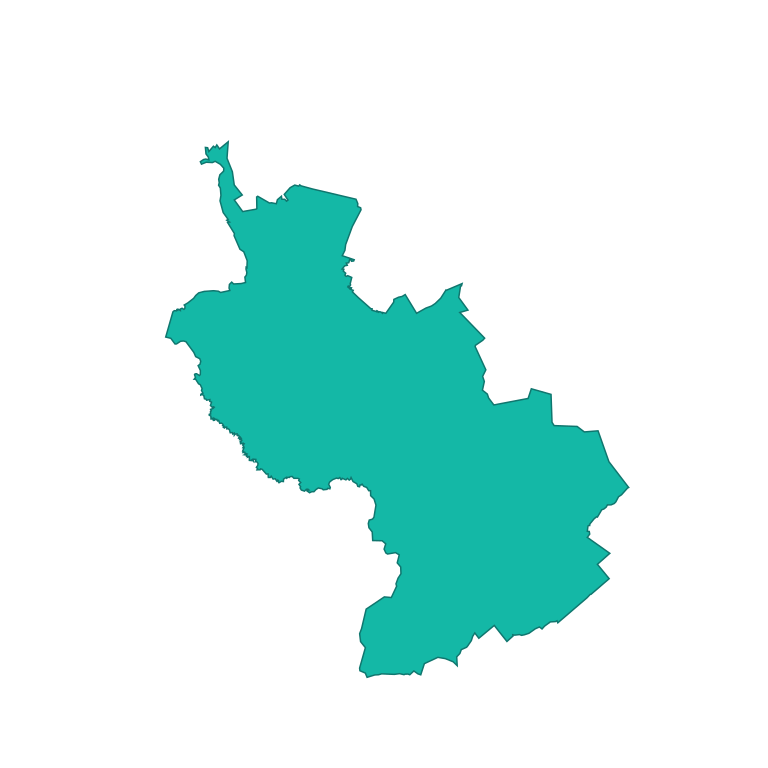 outline of Gudenieku pag., Kuldigas, Latvia, rotated 65°
{"feature_id": "27541924B44633167106619", "entity_name": "Gudenieku pag.", "entity_type": "district", "adm_level": 2, "iso_a3": "LVA", "parent_name": "Latvia", "parent_adm1": "Kuldigas", "projection": "albers", "projection_center": [21.583, 56.889], "detail": "fine", "context": "isolated", "style": "filled", "palette": "teal", "viewbox_px": 768, "rotation_deg": 65, "n_neighbors": 0, "source": "geoboundaries", "source_scale": "gbopen_adm2", "svg_char_len": 6163}
<svg xmlns="http://www.w3.org/2000/svg" viewBox="0 0 768 768"><g transform="rotate(65 384 384)"><path d="M662.1,285.3L655.6,262.2L637.6,266.8L632.9,250.9L608.9,264.6L607.0,261.0L604.4,260.3L603.4,262.0L599.0,259.2L598.7,258.5L599.2,257.4L597.8,256.5L594.9,250.4L594.2,247.4L594.8,246.8L590.0,239.8L590.2,237.5L589.5,234.7L588.0,232.6L589.5,229.3L589.6,225.8L588.8,223.7L585.3,219.1L584.8,215.6L581.2,207.2L581.2,206.0L549.5,213.0L516.9,209.8L512.1,222.7L504.1,226.9L493.6,247.4L489.7,247.9L464.0,237.0L450.6,252.5L458.0,259.5L449.4,293.3L440.9,295.1L436.8,294.6L431.2,297.4L424.1,292.0L418.8,291.4L414.2,285.7L388.6,285.6L387.6,284.8L386.1,276.0L385.0,273.4L351.2,285.1L352.5,276.7L337.2,279.7L327.7,273.3L327.8,272.3L326.0,270.8L325.4,287.9L325.0,288.1L330.2,296.3L332.7,303.5L333.4,308.0L332.9,313.9L333.7,324.6L311.9,327.0L312.3,330.6L311.5,334.1L311.5,339.3L313.9,340.6L320.7,352.5L318.6,355.0L319.2,355.5L317.4,356.4L316.3,358.1L316.5,358.8L315.2,359.0L315.5,359.8L314.7,359.9L315.0,360.4L312.1,363.7L310.8,363.0L310.2,364.1L294.5,370.9L287.2,373.7L286.1,372.3L283.8,374.6L283.4,374.3L283.9,373.7L283.1,372.8L282.4,373.8L282.6,374.9L280.7,375.8L280.1,375.0L281.0,374.0L280.1,372.4L278.9,372.3L273.8,368.2L270.5,371.1L270.5,372.7L269.8,373.2L268.8,373.4L267.4,371.9L264.5,373.2L263.1,371.9L262.1,373.4L260.3,369.7L260.9,367.1L258.5,367.1L259.2,364.7L256.8,362.6L257.3,361.6L259.0,361.6L259.7,359.5L258.8,358.5L250.1,367.6L246.3,362.9L241.4,359.8L227.9,346.2L216.4,331.2L214.4,330.7L212.0,332.9L209.4,331.5L204.7,331.3L177.1,366.3L169.3,375.5L167.9,376.2L168.6,377.7L166.0,380.8L166.4,386.1L170.0,394.3L176.7,393.3L177.1,395.1L174.6,395.9L173.4,398.5L170.5,397.6L171.9,402.7L175.1,405.4L172.2,409.4L171.6,411.3L160.5,419.1L160.7,420.4L171.3,425.1L171.5,426.0L168.0,439.2L153.9,441.9L152.8,432.6L140.3,435.6L127.5,431.7L113.1,430.9L98.6,422.8L101.4,433.7L96.7,434.5L98.4,437.1L96.4,438.1L99.3,444.5L95.3,444.0L94.1,445.9L100.3,448.1L104.0,447.3L106.8,448.0L104.8,450.5L104.3,452.7L104.9,456.5L107.6,456.5L107.9,451.4L110.8,445.9L110.8,442.9L115.7,439.5L120.7,438.0L123.3,439.4L125.0,444.3L128.6,447.3L132.0,448.3L133.9,449.9L137.2,449.5L144.2,452.1L148.7,455.2L160.7,457.3L169.0,455.7L169.1,457.3L171.9,455.6L171.5,457.5L184.4,456.0L186.2,457.2L201.0,457.6L204.9,455.2L214.5,455.9L220.7,459.1L219.9,459.6L221.5,460.5L225.0,461.2L227.3,462.8L228.3,464.9L233.5,466.6L232.6,471.0L229.8,478.0L227.3,479.0L228.4,482.0L231.6,483.9L234.1,484.2L232.0,493.4L229.9,494.9L227.4,499.1L224.1,507.8L223.1,513.4L224.2,517.2L225.9,520.3L227.6,527.6L228.0,531.7L229.3,531.4L231.4,532.6L231.8,533.8L230.0,535.0L230.0,537.0L231.3,537.5L229.1,539.1L229.9,539.8L229.1,540.4L230.0,541.1L228.9,543.1L229.4,544.8L249.2,562.0L252.5,557.9L259.4,556.5L260.0,555.1L259.3,550.3L260.3,547.5L262.0,545.6L275.0,543.0L279.6,543.1L283.2,540.3L286.0,540.5L288.3,542.4L288.8,544.7L294.2,544.7L297.8,546.5L298.3,547.7L295.5,549.5L295.0,550.9L295.5,551.8L298.4,552.1L299.4,554.0L300.0,552.7L305.5,552.0L306.9,550.8L311.4,550.8L312.6,552.1L315.8,552.0L315.9,554.3L316.6,554.7L316.6,553.3L318.3,552.2L321.5,553.0L322.5,551.7L323.7,551.6L324.5,548.4L326.1,549.2L327.6,548.0L330.1,550.4L332.7,549.4L332.5,548.3L333.3,547.7L333.9,549.3L333.7,551.9L335.3,551.9L335.6,552.9L337.9,553.8L337.6,555.1L338.2,555.6L340.0,554.5L342.6,555.6L342.8,555.1L342.2,554.6L342.6,554.0L344.9,554.0L345.2,553.1L343.3,552.5L345.4,551.3L345.4,550.5L347.1,550.4L347.1,549.3L350.2,549.5L350.8,547.8L351.8,547.2L353.3,547.0L353.6,547.8L354.7,546.9L355.4,547.9L356.5,547.1L356.1,546.1L356.6,544.8L358.3,545.4L358.6,544.2L360.0,543.4L363.2,544.0L364.0,541.9L365.4,542.2L365.3,540.5L367.1,541.3L366.5,540.1L367.1,538.2L368.6,538.8L369.1,538.3L369.0,537.5L370.4,537.2L371.6,538.7L372.3,537.8L371.7,536.6L373.3,536.4L373.1,537.7L373.4,538.2L374.3,536.8L375.2,536.8L375.6,537.8L375.3,538.6L377.4,539.2L377.3,538.2L378.2,537.9L378.0,536.7L379.1,536.0L379.8,537.8L381.2,537.4L382.1,538.8L382.7,537.9L385.1,540.5L385.9,539.9L386.5,540.7L387.1,539.1L387.7,539.4L389.2,538.0L389.2,540.3L390.5,538.3L391.4,539.1L392.2,538.0L392.7,538.5L392.9,536.7L396.3,538.3L397.5,536.3L396.9,536.3L396.8,535.2L398.5,534.9L396.9,534.2L398.2,532.0L400.1,533.5L400.4,532.3L402.8,531.7L404.5,532.9L405.6,534.9L407.2,534.3L408.1,535.4L409.4,532.5L408.7,531.8L409.8,530.5L415.9,528.7L416.5,527.1L419.8,528.3L420.7,526.5L419.9,525.2L423.3,524.7L423.9,522.6L426.7,522.2L426.1,521.1L426.8,520.5L427.3,521.3L429.1,520.9L428.8,518.2L429.9,516.4L427.8,515.3L427.3,512.0L428.3,512.0L427.9,510.5L428.7,509.3L428.3,508.3L429.0,506.3L431.4,505.5L433.1,501.9L434.4,500.9L435.4,502.1L438.1,501.1L439.0,503.5L441.8,503.0L442.7,504.0L445.2,503.7L447.5,501.3L446.6,498.9L447.2,497.4L448.3,496.9L447.9,498.3L448.3,499.0L451.1,497.4L451.1,495.0L452.0,493.0L450.9,490.2L450.5,487.4L452.9,484.3L454.2,483.8L455.4,480.2L454.8,479.1L456.1,477.3L455.0,476.4L451.4,476.5L449.8,474.6L449.0,470.9L449.2,466.8L450.4,465.4L450.1,463.6L452.5,463.4L452.6,462.7L451.8,461.7L454.8,459.0L454.1,457.1L456.4,456.1L456.1,454.7L454.9,453.4L459.3,453.3L462.9,450.8L465.7,451.0L466.8,449.6L465.3,448.3L465.9,447.3L465.5,446.2L468.2,445.6L470.4,443.4L474.3,442.9L475.0,441.3L479.6,443.3L484.0,441.6L490.4,442.5L500.5,449.4L501.6,451.5L501.1,454.9L503.8,457.2L507.9,458.4L513.1,457.2L521.1,460.4L525.3,451.9L529.6,450.0L533.7,453.7L538.0,453.7L539.6,452.6L541.7,444.8L545.3,442.4L551.7,447.6L556.9,446.2L563.1,448.8L565.9,453.3L570.2,457.6L572.6,458.0L580.6,467.6L577.1,473.7L580.5,495.3L596.2,507.7L600.0,511.6L607.6,514.1L615.1,512.3L631.2,526.2L633.7,527.0L638.1,523.1L642.7,523.3L643.8,515.3L645.2,511.8L645.7,508.6L651.5,497.4L653.1,492.3L655.9,488.7L655.9,487.4L657.0,484.9L658.4,483.5L656.7,478.2L661.0,475.8L663.1,473.6L654.5,465.6L654.5,450.7L658.8,444.5L665.0,438.7L670.2,436.7L662.0,433.4L660.3,429.1L657.4,426.2L657.5,420.4L656.8,418.9L653.5,413.3L650.2,410.3L648.0,406.9L654.5,405.5L649.4,386.1L669.3,381.4L666.9,373.5L665.7,373.2L666.8,371.8L668.4,367.0L669.9,365.6L670.6,362.8L671.2,358.0L669.8,350.4L669.9,345.8L672.8,344.3L671.3,340.8L669.9,333.8L671.8,329.0L671.7,327.3L673.9,327.4L663.5,290.2L661.8,286.0L662.1,285.3Z" fill="#14b8a6" stroke="#0f766e" stroke-width="1.5"/></g></svg>